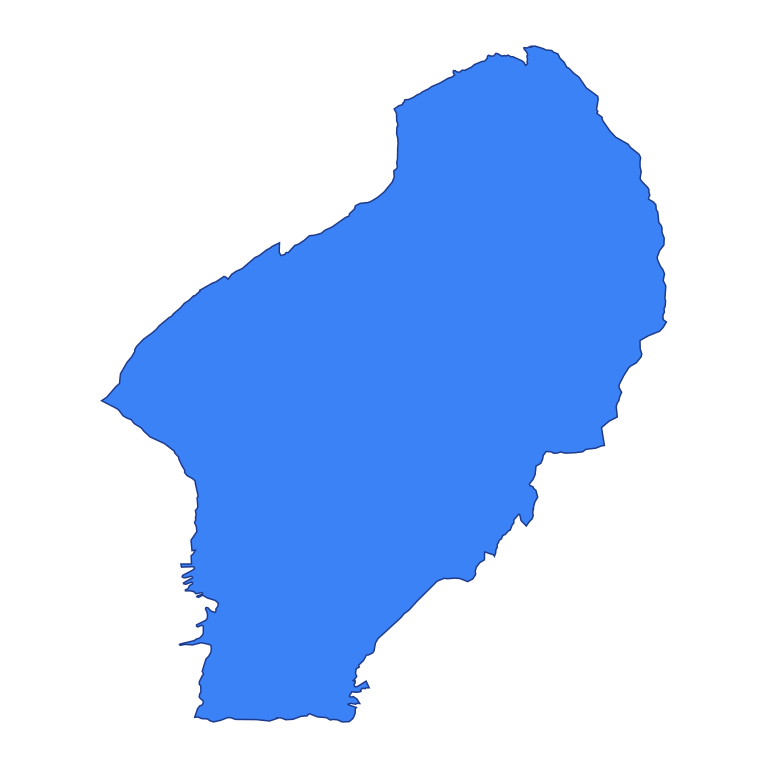 Soimari, Prahova, Romania (Equal Earth projection)
{"feature_id": "2599482B11828536886615", "entity_name": "Soimari", "entity_type": "district", "adm_level": 2, "iso_a3": "ROU", "parent_name": "Romania", "parent_adm1": "Prahova", "projection": "equal_earth", "projection_center": [26.208, 45.169], "detail": "fine", "context": "isolated", "style": "filled", "palette": "blue", "viewbox_px": 768, "rotation_deg": 0, "n_neighbors": 0, "source": "geoboundaries", "source_scale": "gbopen_adm2", "svg_char_len": 6053}
<svg xmlns="http://www.w3.org/2000/svg" viewBox="0 0 768 768"><path d="M526.3,526.0L528.8,522.3L532.2,518.7L533.2,515.6L532.7,512.2L533.5,508.9L533.1,508.9L533.5,507.1L534.8,502.1L537.7,497.2L535.9,490.4L533.8,488.6L533.0,486.8L529.9,485.5L529.3,484.1L532.9,479.6L535.1,474.7L536.0,466.1L540.9,463.2L542.7,458.8L543.2,455.5L546.2,451.5L551.4,451.8L553.6,453.2L556.9,453.1L561.1,451.9L563.6,452.9L566.0,453.1L575.0,452.7L582.5,451.8L586.0,449.3L595.6,448.2L601.8,445.8L604.4,445.5L601.5,427.6L609.3,421.0L617.3,417.0L616.2,406.6L617.2,403.1L618.9,400.6L619.5,397.3L621.6,392.3L619.3,388.1L619.0,386.4L619.3,384.4L623.6,375.9L628.7,367.8L630.3,366.2L636.1,363.0L641.0,357.0L641.8,354.0L640.2,349.0L640.0,340.5L648.5,335.7L659.6,331.2L663.0,327.6L666.4,322.0L663.2,319.7L662.9,315.5L664.4,312.0L664.0,308.6L665.1,306.7L665.6,300.7L664.9,298.7L665.8,286.1L663.2,280.4L664.5,273.9L662.8,269.5L660.4,266.3L657.7,260.1L657.1,257.4L659.6,250.7L663.9,245.0L664.2,238.2L662.0,232.4L662.0,228.1L661.2,225.6L658.8,222.4L657.8,212.2L656.2,209.5L655.9,205.0L653.6,202.1L648.6,199.2L648.7,197.4L649.8,195.3L648.8,191.7L649.0,189.7L647.6,187.4L641.3,180.9L640.1,178.5L641.2,171.3L640.1,167.2L640.0,161.5L640.6,158.2L640.3,156.9L639.0,154.3L630.2,147.2L628.2,144.3L615.7,137.2L610.0,131.1L603.0,121.0L602.1,119.0L602.1,117.3L596.9,113.4L597.8,111.4L596.5,109.6L598.2,99.1L597.7,96.3L586.1,87.7L579.1,77.3L573.7,73.2L569.2,68.5L566.6,67.0L564.1,62.2L560.1,58.4L557.9,53.9L553.3,52.1L551.8,50.5L546.0,50.0L543.2,48.6L535.1,46.1L530.8,46.3L531.3,47.2L528.7,47.0L527.5,47.9L524.0,47.7L524.0,48.8L526.9,52.5L527.7,54.6L526.9,56.0L527.5,59.5L527.0,62.2L527.6,63.7L525.6,65.4L524.0,62.5L522.1,60.9L512.8,56.7L510.8,56.7L508.1,55.1L505.8,56.0L504.4,55.5L501.9,56.1L498.3,54.0L496.0,53.3L493.7,55.9L491.5,56.2L488.5,55.3L487.5,56.2L487.2,58.4L484.6,61.2L482.2,61.4L474.4,64.6L471.4,67.2L464.9,70.3L462.0,70.2L460.1,71.9L458.2,72.2L456.2,71.6L455.4,70.7L453.4,70.6L453.3,72.9L454.6,75.0L452.1,77.0L448.3,78.2L439.6,83.2L431.6,86.6L428.7,88.8L422.5,91.8L419.5,94.1L417.7,94.5L413.0,97.6L408.5,99.5L404.8,99.8L404.0,102.2L402.9,103.0L402.3,104.7L398.9,105.7L394.2,109.0L396.5,113.4L396.7,121.0L397.7,123.4L397.6,126.7L396.9,127.2L396.6,133.8L397.7,137.8L398.1,143.9L397.7,147.1L397.5,158.7L396.7,163.0L397.4,166.8L396.6,168.7L393.8,170.8L394.2,177.1L392.3,182.0L384.0,192.1L377.7,197.3L371.9,200.9L368.4,202.5L360.4,203.3L356.4,205.2L355.2,206.2L354.5,209.0L349.5,213.7L349.0,216.1L345.6,217.4L332.1,227.0L325.4,230.0L321.0,233.4L315.0,235.1L309.3,235.8L304.3,240.3L298.2,244.3L294.8,245.4L288.4,252.5L286.1,252.6L284.6,254.6L280.9,255.5L279.2,252.3L279.5,242.8L272.4,246.3L268.7,249.0L267.3,249.4L259.2,255.6L254.9,257.6L242.2,268.6L236.1,271.3L231.7,274.3L228.1,279.2L226.5,277.5L224.0,276.4L215.9,281.9L212.7,283.0L199.7,290.3L200.1,291.1L199.2,291.9L194.5,296.0L193.6,295.8L188.9,300.4L184.4,303.3L180.5,307.8L173.2,314.1L171.6,316.3L169.2,317.5L159.0,326.0L156.3,329.4L152.3,332.8L143.6,339.1L136.6,346.4L134.8,349.5L134.7,351.6L131.8,356.7L127.1,362.3L120.5,373.7L119.5,383.5L115.7,386.9L106.8,397.2L101.6,400.7L117.4,408.9L119.3,410.7L123.0,415.7L126.6,417.9L131.1,419.6L134.3,423.6L141.4,428.0L143.9,431.2L150.2,437.0L164.6,443.6L174.6,451.4L174.6,452.8L178.5,456.9L179.1,459.6L181.9,465.6L184.7,470.2L184.6,472.5L187.1,475.6L192.5,478.6L195.3,481.1L195.3,483.2L198.2,496.2L197.1,497.8L197.8,506.9L196.7,509.3L195.4,510.5L196.2,515.0L195.5,516.9L195.7,520.3L194.5,522.4L196.4,526.7L196.8,531.6L191.0,540.2L192.0,550.7L195.4,550.1L193.2,553.9L191.1,555.8L191.5,564.0L180.9,564.0L181.5,567.1L193.1,566.7L194.2,567.4L194.5,568.6L192.7,570.1L182.6,575.4L182.1,576.8L183.5,577.7L185.3,577.8L191.4,576.3L192.7,577.4L191.8,578.6L190.2,579.0L183.4,583.0L183.7,583.8L185.8,584.3L191.4,582.1L192.7,582.9L192.4,583.9L189.4,585.7L188.1,588.6L185.4,589.9L185.4,590.8L190.8,590.9L193.9,591.7L195.9,593.7L202.1,592.6L202.6,593.4L202.3,594.3L197.4,595.9L196.8,596.7L198.4,597.4L202.1,595.5L203.4,595.6L207.4,598.0L215.2,600.4L218.4,603.4L217.8,606.4L215.9,609.0L216.0,611.2L214.9,612.5L210.8,610.9L208.1,607.9L206.8,607.4L205.8,607.8L205.5,609.3L206.8,611.4L207.5,614.5L207.3,618.4L205.6,620.4L196.6,624.8L196.5,626.2L197.9,626.9L201.8,625.2L203.3,626.3L203.3,632.9L202.9,634.5L201.1,636.6L199.4,638.2L196.7,638.9L194.0,640.7L180.1,644.0L179.5,644.7L180.3,645.3L185.2,644.4L192.6,644.9L201.3,642.7L209.4,644.5L210.9,645.5L211.3,648.1L211.0,651.9L208.8,656.1L206.0,659.0L202.2,671.3L203.6,674.1L202.3,675.6L199.3,681.8L199.3,684.3L200.7,685.8L200.9,691.7L199.7,694.1L199.2,696.7L200.1,698.3L203.3,701.0L203.0,703.4L202.4,704.7L199.5,706.1L197.5,708.9L194.7,717.3L198.1,717.0L201.6,718.6L207.4,718.9L210.0,720.8L213.5,721.9L220.7,720.3L227.6,717.6L230.9,717.7L235.5,719.4L256.5,719.6L269.5,721.0L277.0,718.5L276.5,718.2L276.7,717.8L280.9,717.8L285.7,719.7L293.0,719.3L301.0,716.3L307.3,715.8L308.5,714.2L309.7,713.8L317.5,716.9L326.2,717.6L330.4,720.0L333.0,719.4L337.4,719.8L342.0,721.9L349.1,721.7L352.8,718.6L353.7,716.9L355.1,713.5L355.3,708.9L356.4,707.5L348.3,704.8L348.0,704.2L350.8,703.3L355.7,704.2L356.8,703.3L359.7,703.5L357.1,699.2L353.2,696.5L351.7,697.1L349.5,696.7L349.5,695.7L351.9,691.8L356.5,692.3L360.2,691.7L361.0,691.4L360.6,689.9L362.8,688.2L365.1,688.7L365.7,687.9L369.2,687.8L366.1,681.1L358.0,686.2L355.7,686.9L354.7,686.6L354.1,684.5L355.2,682.9L355.1,680.8L353.6,681.1L353.1,680.4L354.7,679.2L356.7,676.4L355.5,673.4L356.2,668.7L359.3,667.1L358.5,665.3L363.5,660.5L366.4,655.1L368.6,654.9L372.8,652.8L374.1,650.7L375.4,643.1L378.1,638.5L400.6,617.9L404.0,613.8L409.0,610.1L416.9,601.3L437.2,581.1L444.2,578.3L447.4,578.7L455.2,578.1L459.9,578.5L467.7,581.6L472.8,578.9L475.7,574.4L475.2,571.4L476.3,567.2L479.8,562.6L484.4,559.8L484.6,552.3L484.9,551.9L493.6,554.9L494.4,556.3L495.6,553.2L496.0,549.4L497.2,547.7L497.2,544.4L498.5,542.6L499.0,540.6L501.4,538.8L502.8,535.5L505.3,534.4L508.2,531.0L510.2,530.1L512.1,525.1L513.8,523.0L513.9,519.8L518.5,514.5L519.0,514.2L519.8,514.9L521.1,520.6L526.3,526.0Z" fill="#3b82f6" stroke="#1e3a8a" stroke-width="1.5"/></svg>